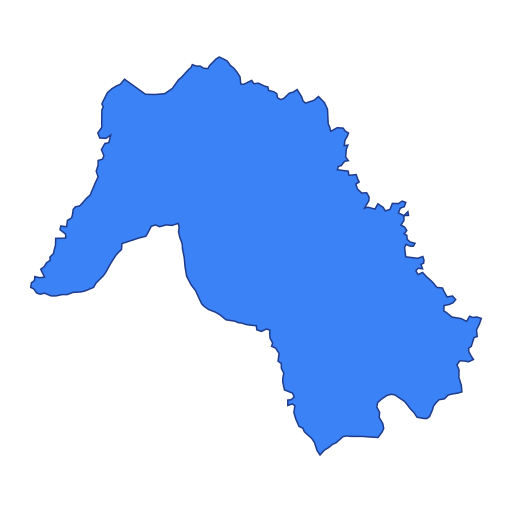 the district of Buriti Alegre, Goiás, Brazil
{"feature_id": "56859067B76580178094569", "entity_name": "Buriti Alegre", "entity_type": "district", "adm_level": 2, "iso_a3": "BRA", "parent_name": "Brazil", "parent_adm1": "Goiás", "projection": "mercator", "projection_center": [-49.002, -18.136], "detail": "fine", "context": "isolated", "style": "filled", "palette": "blue", "viewbox_px": 512, "rotation_deg": 0, "n_neighbors": 0, "source": "geoboundaries", "source_scale": "gbopen_adm2", "svg_char_len": 4149}
<svg xmlns="http://www.w3.org/2000/svg" viewBox="0 0 512 512"><path d="M366.3,436.7L378.0,437.5L382.1,432.0L383.7,428.6L382.9,423.9L379.2,417.4L379.6,412.4L376.8,407.0L377.6,402.6L381.8,398.9L387.0,395.4L391.3,394.3L394.9,394.9L404.4,401.3L407.2,404.6L410.0,408.4L414.2,412.9L417.0,417.2L423.9,418.5L427.0,418.5L429.5,416.6L431.3,412.6L432.6,409.4L433.5,406.1L435.8,403.1L439.0,399.7L444.4,398.9L448.1,395.1L451.7,394.1L457.8,393.1L461.9,391.9L461.3,385.2L458.9,377.5L459.0,369.8L456.9,364.8L459.9,360.8L464.3,361.0L468.4,361.8L473.5,359.5L471.3,356.3L468.9,351.8L468.6,348.3L471.3,346.3L474.0,337.6L477.2,336.5L476.5,329.9L479.4,324.0L481.3,318.4L476.5,316.9L473.0,317.5L469.6,316.2L466.6,321.4L461.2,318.6L455.8,317.7L451.8,317.0L446.4,312.5L443.8,310.9L444.1,305.5L449.1,304.5L452.9,302.9L455.7,299.6L452.5,296.0L447.1,296.9L444.1,291.6L442.5,288.0L436.9,287.4L432.7,282.3L429.4,279.2L426.7,276.9L422.5,272.4L418.1,274.6L415.9,270.8L418.1,268.3L422.6,268.8L420.9,264.4L423.6,263.2L424.0,260.1L422.8,256.5L417.8,258.3L405.7,256.8L404.6,247.5L406.1,244.4L410.3,246.2L413.4,246.2L415.0,243.3L410.1,242.0L407.2,239.4L406.8,235.3L404.2,233.9L406.8,230.5L404.6,227.0L401.0,225.2L403.9,220.5L404.0,215.6L398.4,212.9L400.3,208.2L404.3,206.7L405.8,202.4L402.2,201.1L398.4,203.6L392.4,203.4L390.0,209.4L385.3,210.9L383.2,207.4L377.9,203.8L375.0,209.1L367.9,207.2L364.6,208.1L368.9,200.6L369.1,197.1L366.7,192.8L361.7,193.0L357.5,189.1L355.8,184.1L359.2,182.0L357.6,178.8L356.2,174.6L348.9,175.3L348.2,171.1L337.4,169.8L338.3,166.5L341.2,165.6L344.5,161.4L348.3,160.6L345.7,157.1L346.3,149.2L347.9,145.1L344.2,145.7L345.0,140.1L347.4,136.1L348.5,133.0L345.3,131.1L343.1,128.1L337.3,127.7L330.7,131.3L329.8,127.5L328.2,123.8L327.5,109.3L324.5,102.7L318.5,96.5L314.0,100.3L305.4,103.1L303.1,101.0L301.5,96.5L297.1,89.5L293.1,92.2L289.5,93.0L283.5,98.7L280.5,99.5L277.5,97.7L276.8,93.7L273.7,91.7L268.6,90.4L267.9,87.0L264.7,86.2L258.5,83.2L253.8,83.7L251.7,80.4L248.4,82.0L243.8,84.3L240.8,84.0L240.0,76.8L237.0,72.1L234.0,68.4L230.3,65.3L227.2,61.0L223.9,59.2L219.2,57.0L215.9,59.1L213.2,61.9L209.5,65.6L207.9,68.6L203.5,68.2L200.2,66.1L196.4,66.1L192.3,64.6L191.0,67.6L188.5,69.6L181.4,77.4L178.4,79.9L172.4,88.4L164.7,93.7L155.1,94.5L145.5,94.3L135.2,86.9L124.5,79.2L120.3,84.3L116.3,86.0L112.0,88.6L107.4,92.7L103.2,101.0L101.9,104.0L103.3,107.0L101.9,109.8L101.7,123.7L101.9,127.1L97.8,133.0L99.8,138.0L106.0,138.4L110.7,135.1L108.8,142.7L104.9,143.5L101.4,149.6L103.9,155.7L102.5,159.2L98.1,160.5L98.1,165.2L96.2,171.1L98.1,176.8L95.1,183.3L93.1,188.2L91.5,191.7L90.3,194.9L86.5,198.3L82.8,202.6L79.7,205.9L75.4,206.8L73.2,209.4L72.5,214.5L71.6,217.9L67.4,220.4L66.6,226.7L60.8,226.0L60.0,229.7L65.5,234.0L65.8,237.9L62.6,238.3L55.7,238.3L55.5,245.1L54.2,250.0L53.5,253.5L49.9,257.1L50.2,260.2L46.5,262.8L44.2,266.7L40.7,269.2L44.5,277.1L39.8,277.7L34.8,276.6L34.5,280.4L31.4,282.8L30.7,287.4L33.9,289.0L36.6,293.0L40.1,294.2L44.6,293.2L51.1,295.9L56.0,295.9L62.0,294.6L67.2,294.6L72.9,292.4L81.0,291.9L84.9,291.0L93.6,287.4L95.9,283.2L103.2,275.9L105.6,272.6L111.3,262.4L116.0,255.1L118.2,252.7L121.5,249.5L121.9,243.6L138.6,238.1L145.8,236.3L147.7,233.2L151.2,226.4L155.4,224.9L159.6,226.7L166.2,224.9L172.0,225.4L178.1,223.4L179.2,227.2L178.5,231.7L179.8,237.4L182.2,243.8L182.5,249.0L184.2,257.4L185.1,267.3L186.7,276.4L191.3,285.1L195.6,290.7L197.5,294.9L201.6,303.7L203.8,306.1L208.5,309.5L215.5,312.2L220.2,315.0L226.0,319.8L235.0,321.2L238.3,322.7L241.4,323.0L246.2,324.5L250.5,325.2L256.3,325.7L256.8,329.8L261.5,331.4L266.4,329.0L269.9,330.2L269.7,333.7L270.1,338.3L272.6,343.0L271.6,346.3L275.6,348.1L279.1,353.5L278.6,357.2L278.0,361.1L281.3,363.6L281.3,368.2L283.8,373.2L282.9,377.6L282.7,381.6L284.4,389.9L292.5,393.1L294.2,396.9L291.2,399.7L287.8,400.0L287.8,405.5L292.3,403.9L294.8,405.7L293.9,412.6L295.7,418.8L297.5,422.9L299.0,426.4L302.8,428.2L304.4,431.8L307.5,434.7L311.7,438.4L314.4,442.3L317.0,450.4L320.0,455.0L324.3,450.2L328.7,447.5L332.5,444.4L336.4,442.5L342.9,436.7L346.6,435.9L350.6,436.4L362.1,436.4L366.3,436.7ZM404.0,215.6L408.5,215.4L407.9,211.7L404.0,215.6Z" fill="#3b82f6" stroke="#1e3a8a" stroke-width="1.5"/></svg>